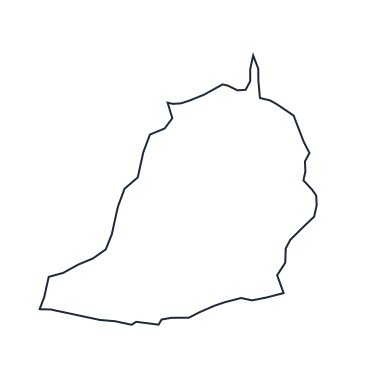 Chonma, P'yŏngan-bukto, North Korea (Equal Earth projection), rotated 102°
{"feature_id": "82179303B45554830914621", "entity_name": "Chonma", "entity_type": "district", "adm_level": 2, "iso_a3": "PRK", "parent_name": "North Korea", "parent_adm1": "P'yŏngan-bukto", "projection": "equal_earth", "projection_center": [124.872, 40.075], "detail": "fine", "context": "isolated", "style": "outline", "palette": "slate", "viewbox_px": 384, "rotation_deg": 102, "n_neighbors": 0, "source": "geoboundaries", "source_scale": "gbopen_adm2", "svg_char_len": 1033}
<svg xmlns="http://www.w3.org/2000/svg" viewBox="0 0 384 384"><g transform="rotate(102 192 192)"><path d="M129.4,85.2L119.9,93.0L108.0,100.8L96.1,108.5L88.7,126.8L86.2,134.6L85.9,145.1L69.4,150.2L57.7,152.8L45.8,160.5L50.5,160.6L59.8,160.6L71.6,158.1L80.9,160.8L83.1,168.7L80.5,179.1L80.4,184.4L87.2,192.3L94.1,200.2L103.1,213.4L107.6,221.3L109.8,229.1L109.7,234.4L123.9,226.6L135.5,231.9L144.6,245.1L163.3,247.9L177.3,248.0L189.0,248.1L202.9,258.7L221.6,261.4L238.0,261.6L249.7,261.6L266.0,264.4L277.5,275.0L286.6,288.1L293.5,296.1L298.0,301.3L304.8,314.5L325.9,314.7L338.2,316.7L338.2,315.6L336.3,306.2L336.3,294.9L336.3,274.2L336.3,255.4L334.4,240.4L334.4,223.4L330.6,219.7L329.0,200.8L328.7,197.1L323.1,195.3L319.3,185.9L315.6,168.9L308.0,159.6L298.6,146.4L293.0,137.0L287.4,125.7L285.5,122.0L285.5,110.7L279.9,97.6L271.8,81.4L255.7,91.4L241.8,86.1L227.7,88.6L218.3,85.9L202.2,75.3L190.7,67.4L179.0,67.3L169.6,69.8L164.8,75.0L157.5,85.4L148.1,85.4L138.7,87.9L129.4,85.2Z" fill="none" stroke="#1e293b" stroke-width="2"/></g></svg>